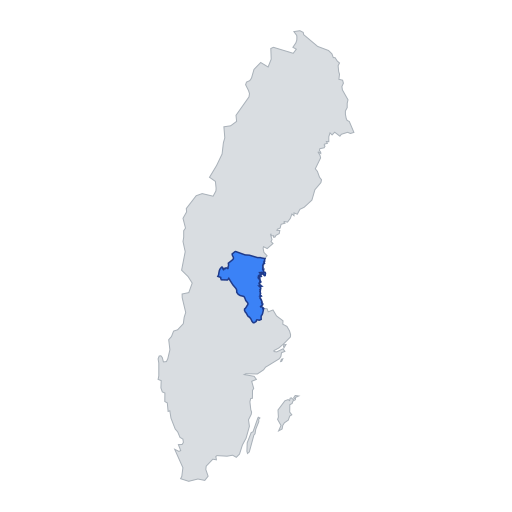 where Gävleborg sits in Sweden
{"feature_id": "SWE-178", "entity_name": "Gävleborg", "entity_type": "County", "adm_level": 1, "iso_a3": "SWE", "parent_name": "Sweden", "parent_adm1": "", "projection": "albers", "projection_center": [16.784, 61.282], "detail": "fine", "context": "in_parent", "style": "filled", "palette": "blue", "viewbox_px": 512, "rotation_deg": 0, "n_neighbors": 0, "source": "natural_earth", "source_scale": "10m", "svg_char_len": 8187}
<svg xmlns="http://www.w3.org/2000/svg" viewBox="0 0 512 512"><path d="M162.3,357.6L163.4,361.9L166.4,361.6L167.8,358.7L169.9,349.8L168.7,339.7L171.5,336.5L173.6,331.1L177.6,329.8L183.3,323.7L184.2,317.2L185.7,312.5L182.2,297.7L182.1,294.0L188.8,292.6L192.2,283.1L188.1,276.6L181.6,270.2L185.2,251.7L183.0,241.5L183.7,237.2L183.7,230.7L185.5,228.1L183.0,218.3L186.6,211.9L186.3,208.5L196.2,195.7L202.2,193.6L213.1,196.2L215.9,191.0L216.1,188.2L215.4,181.4L209.5,177.3L216.6,165.5L222.1,154.0L223.4,142.7L224.8,137.9L223.9,126.8L230.6,125.8L236.6,121.4L236.0,115.3L249.0,96.9L249.5,93.6L248.5,90.5L245.6,84.7L246.5,82.1L249.8,80.6L251.5,78.1L254.0,69.4L260.7,62.5L268.1,67.0L271.2,59.2L270.8,48.5L273.4,47.3L293.2,53.3L296.3,49.2L292.9,47.3L295.9,42.8L296.8,40.1L296.9,37.0L296.7,35.4L293.9,31.6L299.9,30.7L303.2,32.4L303.7,34.7L317.6,46.4L328.5,50.5L331.9,53.8L333.3,57.6L335.0,57.6L337.3,61.1L339.5,63.0L338.1,65.7L338.7,71.6L339.5,74.2L338.9,79.3L342.6,80.2L343.4,83.2L341.9,86.5L342.4,89.9L348.0,99.8L347.2,103.3L347.2,107.6L345.4,111.0L345.4,114.3L346.2,118.4L347.1,120.4L349.3,121.5L353.9,132.4L350.4,133.5L347.6,132.3L341.3,134.3L339.9,136.2L334.7,132.2L332.1,134.9L330.0,132.9L328.8,136.7L328.8,141.7L326.4,141.5L327.4,143.3L324.4,144.2L324.2,145.0L325.0,146.2L324.1,147.8L319.8,148.7L319.4,150.4L320.7,152.2L320.8,153.5L317.9,151.8L320.0,155.3L320.6,157.9L315.3,168.8L317.4,171.4L319.5,177.2L321.5,179.8L320.9,182.6L314.9,189.7L311.9,200.1L304.1,207.3L299.9,209.3L297.3,214.2L294.0,212.9L294.0,215.7L291.9,214.0L290.3,218.4L287.5,222.1L284.2,221.5L283.9,222.2L284.9,223.2L281.1,224.3L280.1,228.1L277.4,229.2L276.9,230.4L279.8,230.5L279.2,233.6L276.0,235.3L274.9,237.2L273.5,237.2L273.7,235.7L271.6,235.8L270.9,234.1L270.5,234.6L272.0,239.6L271.0,241.6L273.0,243.5L267.2,248.6L263.5,246.7L263.1,248.2L263.9,252.4L267.1,255.8L265.2,258.0L263.2,267.9L264.7,273.9L260.4,272.6L260.7,274.9L259.4,277.5L260.0,281.4L259.6,283.9L260.6,286.2L260.0,287.4L260.7,298.1L261.9,302.7L261.5,306.4L263.3,308.4L267.1,308.8L268.2,311.8L273.0,310.0L276.5,315.9L283.0,320.8L282.8,324.2L287.0,326.5L289.5,330.9L290.6,334.7L290.4,337.0L284.0,343.5L279.0,347.9L273.9,350.6L274.1,351.6L276.7,351.9L283.0,348.8L284.9,351.4L281.5,352.7L280.9,356.4L279.4,358.7L265.5,367.2L263.6,369.8L257.3,374.0L245.9,373.7L244.2,374.6L254.1,376.3L256.4,379.4L251.7,381.3L253.7,388.5L252.5,390.3L252.4,398.3L250.7,398.5L249.9,401.8L250.8,409.8L251.6,412.1L251.2,414.4L248.5,419.8L249.4,426.3L246.1,438.1L242.4,445.0L239.5,454.1L236.3,457.3L232.6,455.2L227.1,456.2L217.0,455.6L215.8,456.5L216.4,459.8L212.8,459.2L206.2,466.1L205.8,469.5L208.1,476.2L204.8,480.4L197.9,479.0L188.7,481.3L180.6,478.7L181.8,476.4L182.9,467.7L174.7,449.3L178.9,451.4L180.7,450.6L178.4,444.6L182.1,444.5L183.4,442.4L182.9,439.1L180.0,437.4L177.7,431.9L175.2,429.0L171.0,418.2L169.8,410.8L168.1,411.4L167.3,402.9L164.8,401.5L164.9,393.0L162.3,391.9L160.9,387.9L161.2,380.6L158.1,379.4L158.8,375.9L158.8,363.0L158.1,358.9L159.2,356.0L160.9,355.8L162.3,357.6ZM294.3,400.3L292.9,401.1L292.1,403.5L289.8,404.7L289.7,412.1L291.8,414.8L289.7,416.1L288.3,420.1L284.4,422.8L282.8,425.3L282.1,429.0L278.6,430.9L281.0,425.5L277.6,419.4L278.4,417.1L278.0,410.0L284.9,400.8L288.1,399.6L289.6,400.6L290.1,398.3L291.2,397.8L294.3,400.3ZM249.3,451.9L247.5,453.5L246.9,451.3L247.2,442.8L251.2,432.6L253.0,431.8L257.8,418.1L258.3,417.2L259.9,418.0L258.7,419.3L258.8,421.7L255.8,429.1L255.0,433.8L253.9,435.0L249.3,451.9ZM295.6,397.4L295.4,399.5L293.6,397.9L295.2,395.5L298.7,396.0L295.6,397.4ZM286.0,344.5L284.0,347.8L283.5,346.4L283.9,344.8L286.0,344.5ZM281.7,361.3L280.6,361.6L281.4,359.3L282.8,358.8L281.7,361.3Z" fill="#d9dde1" stroke="#a8b0b8" stroke-width="1"/><path d="M265.0,258.6L264.7,259.2L264.6,259.6L264.6,260.3L264.6,260.7L264.5,261.0L264.2,261.2L264.6,261.4L264.4,261.9L263.9,262.6L264.1,262.8L264.3,263.1L264.5,263.4L264.3,263.5L263.6,263.6L263.4,263.7L263.3,264.1L263.4,264.5L263.3,264.8L263.0,264.9L262.8,265.0L262.7,265.2L262.7,265.6L262.7,266.0L262.7,266.4L263.0,267.0L263.0,267.3L263.0,267.5L262.7,267.6L262.7,267.8L262.7,268.0L262.7,268.3L262.8,268.4L262.9,268.5L262.8,268.8L262.7,269.0L262.6,269.3L262.7,269.5L262.9,269.6L263.7,269.4L263.6,269.7L263.5,269.9L263.3,270.0L263.1,270.1L263.1,270.3L263.4,270.5L263.5,270.9L263.4,271.4L263.4,271.9L263.5,272.5L264.4,272.5L264.6,272.3L264.9,272.2L265.2,272.5L265.4,272.9L265.5,273.3L265.5,273.7L265.4,274.0L265.3,274.5L265.2,275.0L265.2,275.5L264.9,275.7L264.6,275.7L264.4,275.6L264.2,275.4L263.9,275.1L263.4,273.6L263.0,273.1L262.5,272.8L262.6,273.2L262.6,273.6L262.9,274.2L262.3,274.0L262.1,273.7L262.1,273.2L261.5,272.7L260.9,272.5L259.5,272.6L259.7,273.0L260.0,273.1L260.5,273.1L261.6,273.7L261.4,274.3L260.9,274.6L260.4,274.8L260.0,274.9L260.0,275.1L260.4,275.3L260.0,275.5L259.2,275.2L258.9,275.5L260.9,276.0L261.3,276.4L260.9,276.6L260.6,276.6L260.1,276.2L259.7,276.1L258.7,276.2L258.7,276.4L259.2,276.4L259.5,276.5L259.7,276.9L259.0,277.2L258.3,277.3L258.7,277.7L260.3,278.0L258.8,278.2L258.6,278.4L258.8,278.5L259.1,278.7L259.4,279.0L259.8,279.1L260.0,279.1L260.0,279.4L259.3,279.4L259.3,279.6L260.0,279.9L260.1,280.1L260.2,280.5L259.9,280.9L259.8,281.2L259.9,281.5L259.9,281.8L260.1,282.0L260.4,282.1L260.5,281.9L260.6,281.7L260.8,281.6L260.9,281.8L260.9,282.0L260.7,282.3L260.3,282.4L260.2,282.6L260.0,282.8L259.9,282.5L259.7,282.2L259.4,282.7L259.1,283.0L259.0,283.4L259.1,283.6L259.6,284.4L260.0,284.8L260.6,285.1L260.6,285.4L261.8,286.2L261.3,286.3L260.8,286.2L259.8,285.7L260.0,286.4L260.5,286.7L260.9,286.8L261.3,287.1L260.7,287.0L260.4,286.9L259.5,286.1L259.3,286.0L258.9,286.0L259.3,286.4L259.8,286.8L260.3,287.4L260.6,288.0L260.8,288.8L260.5,289.1L260.1,289.3L259.8,289.8L260.4,290.2L260.3,291.1L260.2,291.3L259.9,291.6L260.3,292.1L260.3,292.5L260.2,292.8L259.7,292.8L259.9,292.9L260.4,292.9L260.5,293.0L260.6,293.4L260.6,293.6L260.3,293.8L260.2,294.1L260.1,294.6L260.1,295.0L260.3,295.3L260.4,295.5L260.1,295.8L260.8,295.8L261.2,295.8L261.4,296.1L260.4,296.4L260.1,296.8L260.0,297.7L260.0,298.1L260.0,298.3L260.3,298.6L260.6,298.7L260.7,299.1L260.7,299.4L260.9,299.8L261.2,299.7L261.3,299.8L262.0,301.8L261.9,301.8L261.7,301.9L261.6,302.1L261.6,302.6L261.9,302.6L262.0,302.7L262.0,303.1L262.0,303.5L262.0,303.8L262.2,304.0L262.5,304.1L262.8,304.1L262.7,304.7L262.5,305.0L262.0,305.3L261.5,305.8L260.9,306.3L260.6,306.4L260.5,306.6L260.6,306.8L260.8,306.7L261.1,306.6L261.3,306.5L261.6,306.6L262.0,307.1L262.5,307.3L263.4,308.1L262.7,308.6L262.7,308.8L263.0,309.0L263.3,309.0L263.6,309.0L262.6,313.5L262.1,314.8L261.8,315.1L261.5,315.4L261.2,316.2L261.1,316.9L261.2,319.4L260.1,319.8L259.8,320.1L259.5,320.2L258.1,320.0L257.9,319.9L257.2,319.8L256.9,319.8L256.7,319.9L256.4,320.3L256.3,320.6L256.4,320.9L256.3,321.2L256.1,321.5L254.4,322.6L253.9,322.8L253.6,322.8L252.9,322.5L252.7,322.1L252.6,321.9L252.2,321.6L251.9,321.2L251.7,320.7L251.2,319.6L250.9,319.0L250.0,317.8L249.5,317.2L249.1,316.9L248.9,316.8L248.6,316.8L248.2,316.4L247.7,315.8L246.2,313.0L246.1,312.9L245.8,312.7L245.6,312.5L245.3,312.1L244.5,310.4L244.5,309.9L244.6,308.9L245.5,308.2L246.8,306.2L247.0,305.7L247.3,305.3L247.6,305.0L247.7,304.8L247.9,304.2L247.9,303.8L247.9,303.3L247.6,302.7L247.1,302.1L246.2,301.1L245.6,300.2L245.4,299.5L244.8,298.0L244.4,297.2L243.9,296.5L243.3,296.3L240.1,295.5L238.3,294.4L237.7,293.7L236.7,292.2L236.7,291.8L236.7,291.4L236.7,290.4L236.4,289.3L235.8,288.3L232.9,284.9L229.7,279.9L229.6,279.5L229.3,279.2L228.8,278.3L228.2,279.2L227.9,279.5L227.7,279.8L227.5,280.0L221.3,279.8L221.2,279.6L221.1,279.3L220.8,278.7L220.7,277.4L217.8,276.4L218.5,275.1L219.0,272.1L219.4,270.4L219.9,269.2L221.3,267.4L221.8,267.0L222.1,267.0L222.2,267.3L223.2,269.4L223.4,269.7L223.6,269.8L223.7,269.7L223.8,269.3L223.6,268.4L224.0,268.2L224.6,268.7L225.2,268.7L225.6,268.0L226.3,267.9L227.1,268.0L227.5,268.5L227.9,268.5L228.1,268.1L228.1,267.5L228.1,267.0L228.1,266.7L228.4,266.2L228.5,265.7L228.5,265.1L228.5,264.5L228.3,263.2L232.9,259.5L233.3,258.7L233.5,258.0L233.3,257.3L233.1,256.7L232.8,256.2L232.4,255.4L232.1,254.0L234.8,251.8L235.5,251.5L236.2,251.7L245.1,254.9L249.4,255.2L257.5,257.6L260.5,257.6L261.2,257.9L265.0,258.6Z" fill="#3b82f6" stroke="#1e3a8a" stroke-width="1.5"/></svg>